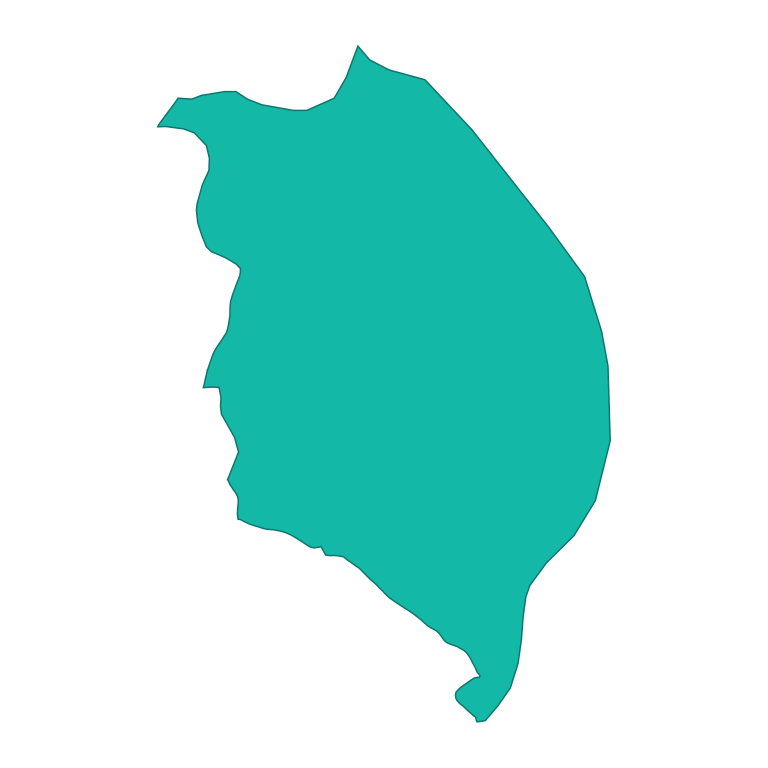 La Guerre, Dauphin, Saint Lucia (Natural Earth projection)
{"feature_id": "8701671B53039174443584", "entity_name": "La Guerre", "entity_type": "district", "adm_level": 2, "iso_a3": "LCA", "parent_name": "Saint Lucia", "parent_adm1": "Dauphin", "projection": "natural_earth1", "projection_center": [-60.926, 14.021], "detail": "fine", "context": "isolated", "style": "filled", "palette": "teal", "viewbox_px": 768, "rotation_deg": 0, "n_neighbors": 0, "source": "geoboundaries", "source_scale": "gbopen_adm2", "svg_char_len": 5544}
<svg xmlns="http://www.w3.org/2000/svg" viewBox="0 0 768 768"><path d="M590.4,295.3L584.6,276.6L548.4,226.8L520.8,191.9L471.8,129.6L425.0,79.8L388.9,69.9L369.7,59.9L357.9,46.1L346.2,77.5L334.2,98.2L306.8,110.4L293.1,110.4L261.8,104.8L247.3,99.1L236.0,91.6L224.8,91.6L201.4,95.4L191.8,99.1L178.1,98.2L173.6,104.6L169.3,110.4L165.6,115.3L158.8,124.6L157.8,126.8L165.3,126.5L166.6,126.6L183.8,128.9L190.3,131.4L194.3,132.8L204.5,143.6L206.5,145.6L207.5,150.2L209.4,158.4L209.1,165.9L209.0,170.2L205.0,179.0L202.3,185.0L197.2,203.6L196.4,210.0L197.4,219.4L197.7,222.3L198.6,225.5L201.9,235.6L206.0,245.8L206.5,246.9L209.5,249.9L211.5,251.8L212.8,252.3L216.6,253.8L223.9,257.0L224.5,257.2L226.8,258.5L236.3,264.1L239.3,267.4L240.4,268.5L240.4,270.3L240.4,271.9L240.0,274.2L239.9,275.2L238.3,279.5L237.5,281.4L237.4,281.8L236.1,285.1L235.1,288.0L234.8,288.9L233.1,293.3L232.3,295.7L230.9,300.6L230.6,301.9L230.3,304.8L230.2,305.6L230.0,309.1L230.0,311.4L230.0,313.3L229.9,315.1L229.9,315.7L229.7,316.9L229.4,319.0L229.2,320.6L228.9,322.3L228.6,323.8L228.4,324.8L228.1,326.8L227.3,330.0L227.1,330.5L226.2,333.0L225.9,333.7L225.6,334.1L225.1,334.7L224.5,335.5L223.8,336.7L223.5,337.1L222.4,339.0L220.7,341.5L220.2,342.2L219.0,343.9L216.1,348.4L215.6,349.2L213.3,353.5L211.6,358.1L209.6,363.9L209.1,365.4L208.2,368.1L207.6,369.9L207.2,370.1L207.4,370.5L205.8,377.2L205.4,378.7L204.5,383.0L203.8,386.0L203.3,387.6L204.2,387.6L205.1,387.5L208.7,387.3L211.0,387.1L212.4,387.1L214.2,387.1L215.4,387.2L219.0,387.5L220.0,392.0L220.7,396.2L221.0,398.3L220.5,406.3L221.5,414.3L222.1,415.4L222.7,416.4L234.7,437.7L235.5,441.0L238.6,452.0L227.8,479.1L227.5,479.8L227.9,479.9L228.9,482.1L230.3,485.1L234.1,490.8L235.9,493.2L237.6,496.6L238.3,499.8L238.2,503.7L237.6,509.3L237.5,512.1L237.4,513.2L237.5,515.2L238.1,519.3L238.6,519.2L240.6,519.6L243.1,521.0L247.5,523.1L250.1,524.3L254.4,525.7L258.9,527.0L263.7,528.6L267.3,529.3L273.8,529.8L278.7,530.7L281.2,531.3L285.1,532.4L290.2,534.6L293.6,536.5L297.3,538.7L301.0,541.1L302.7,542.1L305.1,543.8L308.1,545.8L310.1,546.9L311.5,547.3L314.3,547.9L319.3,547.1L320.9,546.5L325.8,555.1L326.4,555.1L330.8,555.7L333.2,555.4L338.1,555.8L343.7,556.9L346.7,559.4L348.0,560.4L348.7,560.9L349.4,561.3L350.1,561.7L350.7,562.2L351.3,562.6L351.9,563.1L352.5,563.6L353.1,564.0L353.8,564.5L354.5,565.0L355.1,565.5L355.7,565.9L356.5,566.4L357.1,566.8L357.9,567.3L358.5,567.7L359.2,568.2L359.7,568.8L360.4,569.3L361.0,569.9L361.5,570.4L362.1,571.0L362.6,571.5L363.2,572.1L363.7,572.6L364.2,573.2L364.8,573.9L365.4,574.4L366.0,575.0L366.5,575.6L367.1,576.2L367.8,576.8L368.3,577.3L368.9,577.9L369.5,578.6L370.1,579.1L370.6,579.6L371.2,580.1L371.8,580.7L372.4,581.2L373.1,581.8L373.8,582.4L374.4,582.9L375.1,583.5L375.9,584.2L376.5,584.8L377.1,585.4L377.7,586.0L378.2,586.6L378.8,587.3L379.4,587.9L380.0,588.5L380.6,589.1L381.2,589.6L381.7,590.2L382.4,590.8L383.0,591.4L383.5,592.0L384.1,592.7L384.6,593.3L385.2,593.8L385.7,594.4L386.4,595.0L387.0,595.5L387.6,596.1L388.2,596.6L388.8,597.2L389.4,597.7L390.1,598.2L390.7,598.7L391.5,599.3L392.2,599.8L392.9,600.2L393.7,600.8L394.4,601.3L395.0,601.7L395.6,602.1L396.3,602.6L396.9,603.0L397.7,603.5L398.3,603.9L399.0,604.4L399.6,604.8L400.2,605.2L400.8,605.6L401.7,606.2L402.4,606.6L403.1,607.1L403.7,607.5L404.3,607.9L405.0,608.4L405.7,608.7L406.5,609.2L407.2,609.6L407.9,610.0L408.5,610.5L409.1,610.9L409.8,611.4L410.4,611.8L411.0,612.2L411.6,612.6L412.4,613.2L413.1,613.7L413.7,614.1L414.4,614.6L415.0,615.1L415.7,615.6L416.3,616.1L416.9,616.5L417.6,617.1L418.3,617.6L418.9,618.1L419.5,618.6L420.2,619.1L420.8,619.6L421.4,620.1L421.9,620.6L422.5,621.2L423.2,621.8L423.7,622.3L424.3,622.8L424.8,623.3L425.4,623.8L426.0,624.3L426.6,624.9L427.4,625.5L428.0,626.0L428.6,626.4L429.2,626.8L429.8,627.2L430.5,627.6L431.1,628.0L431.8,628.3L432.5,628.7L433.2,629.1L433.8,629.4L434.5,629.8L435.2,630.1L435.8,630.5L436.5,631.0L437.1,631.4L437.7,632.0L438.3,632.5L438.9,633.1L439.4,633.7L439.8,634.3L440.3,634.9L440.7,635.5L441.2,636.1L441.6,636.8L442.1,637.5L442.7,638.3L443.3,639.1L443.8,639.8L444.2,640.4L444.8,640.9L445.4,641.5L446.0,641.9L446.6,642.4L447.2,642.8L447.8,643.1L448.6,643.5L449.3,643.7L450.1,644.1L450.8,644.3L451.7,644.7L452.4,644.9L453.1,645.1L453.8,645.3L454.5,645.6L455.2,645.9L455.9,646.1L456.7,646.4L457.4,646.7L458.1,647.0L458.9,647.5L459.5,647.9L460.2,648.3L460.9,648.6L461.6,649.0L462.3,649.4L462.9,649.9L463.6,650.3L464.3,650.8L464.9,651.3L465.6,651.9L466.2,652.4L466.7,653.0L467.2,653.6L467.7,654.3L468.3,655.1L468.9,656.0L469.4,656.8L469.9,657.5L470.4,658.2L470.7,658.9L471.2,659.7L471.5,660.5L471.9,661.3L472.2,662.0L472.7,663.0L473.2,663.8L473.6,664.6L474.0,665.3L474.3,666.0L474.7,666.7L475.1,667.4L475.4,668.1L475.7,668.9L476.2,669.7L476.5,670.5L476.8,671.2L477.1,671.9L477.5,672.6L479.7,675.2L480.0,676.0L479.3,677.4L477.7,677.3L476.2,677.6L474.8,677.8L473.4,678.5L472.1,679.4L470.8,680.2L469.6,681.1L468.3,682.0L467.0,682.9L465.7,683.9L464.3,684.7L463.1,685.7L461.8,686.6L460.5,687.5L459.4,688.6L458.3,689.7L457.2,690.8L456.1,692.2L455.6,693.7L455.5,695.4L455.7,697.1L456.1,698.7L456.9,700.2L457.9,701.4L458.9,702.7L460.1,703.8L461.3,704.7L462.6,705.7L463.7,706.7L464.9,707.8L466.0,708.8L467.2,710.0L468.3,711.1L469.5,712.2L470.7,713.1L471.9,714.2L473.1,715.3L474.3,716.2L475.6,717.2L476.0,718.8L476.4,720.4L477.0,721.9L485.2,720.7L498.0,705.7L510.3,688.1L518.1,663.2L521.4,639.7L523.1,616.9L525.9,596.7L529.8,585.6L546.3,563.0L574.0,535.6L595.3,500.7L610.2,440.9L608.0,366.2L601.6,331.4L590.4,295.3Z" fill="#14b8a6" stroke="#0f766e" stroke-width="1.5"/></svg>